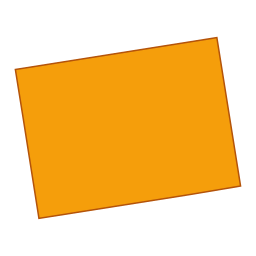 outline of Watonwan, Minnesota, United States of America, rotated 171°
{"feature_id": "52423323B41249813218909", "entity_name": "Watonwan", "entity_type": "district", "adm_level": 2, "iso_a3": "USA", "parent_name": "United States of America", "parent_adm1": "Minnesota", "projection": "mercator", "projection_center": [-94.66, 43.978], "detail": "fine", "context": "isolated", "style": "filled", "palette": "amber", "viewbox_px": 256, "rotation_deg": 171, "n_neighbors": 0, "source": "geoboundaries", "source_scale": "gbopen_adm2", "svg_char_len": 258}
<svg xmlns="http://www.w3.org/2000/svg" viewBox="0 0 256 256"><g transform="rotate(171 128 128)"><path d="M25.9,53.1L26.1,203.4L28.1,203.4L230.1,203.4L230.0,153.2L230.1,52.7L76.4,52.6L25.9,53.1Z" fill="#f59e0b" stroke="#b45309" stroke-width="1.5"/></g></svg>